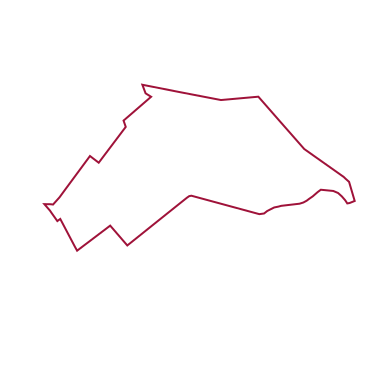 the district of Ipiranga do Piauí, Piauí, Brazil, rotated 139°
{"feature_id": "56859067B98502707297954", "entity_name": "Ipiranga do Piauí", "entity_type": "district", "adm_level": 2, "iso_a3": "BRA", "parent_name": "Brazil", "parent_adm1": "Piauí", "projection": "mercator", "projection_center": [-41.792, -6.793], "detail": "fine", "context": "isolated", "style": "outline", "palette": "rose", "viewbox_px": 384, "rotation_deg": 139, "n_neighbors": 0, "source": "geoboundaries", "source_scale": "gbopen_adm2", "svg_char_len": 792}
<svg xmlns="http://www.w3.org/2000/svg" viewBox="0 0 384 384"><g transform="rotate(139 192 192)"><path d="M311.4,279.7L311.4,271.1L311.7,268.6L312.7,258.4L309.1,258.1L316.3,227.4L317.2,223.1L275.8,220.3L275.9,194.1L216.4,191.7L199.5,191.0L196.8,190.7L194.9,189.6L155.7,131.1L151.7,128.5L147.6,128.3L140.1,126.4L136.4,124.3L133.7,123.0L118.5,112.6L114.8,111.0L111.2,110.2L108.2,110.0L103.7,109.5L97.3,109.5L93.3,109.2L84.7,100.1L82.4,95.4L81.8,90.4L81.8,85.3L82.3,81.5L80.3,80.3L75.1,78.5L66.8,96.6L67.4,101.3L67.6,103.7L79.1,150.8L79.3,189.9L79.4,220.4L109.8,242.4L136.4,276.3L159.1,305.5L162.3,296.9L160.4,290.7L164.0,290.7L196.8,290.8L199.3,284.6L243.2,275.3L245.4,286.1L285.8,277.1L295.5,274.9L305.1,273.7L306.6,275.4L311.4,279.7Z" fill="none" stroke="#9f1239" stroke-width="2"/></g></svg>